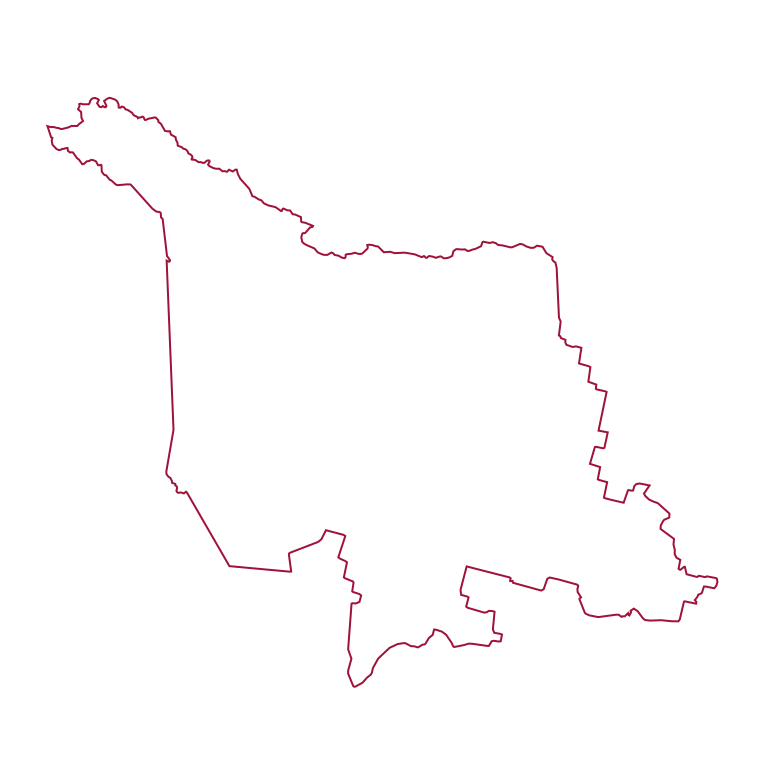 map outline of Komi (Albers equal-area conic projection), rotated 267°
{"feature_id": "RUS-2383", "entity_name": "Komi", "entity_type": "Republic", "adm_level": 1, "iso_a3": "RUS", "parent_name": "Russia", "parent_adm1": "", "projection": "albers", "projection_center": [57.661, 63.82], "detail": "fine", "context": "isolated", "style": "outline", "palette": "rose", "viewbox_px": 768, "rotation_deg": 267, "n_neighbors": 0, "source": "natural_earth", "source_scale": "10m", "svg_char_len": 6117}
<svg xmlns="http://www.w3.org/2000/svg" viewBox="0 0 768 768"><g transform="rotate(267 384 384)"><path d="M516.8,527.3L516.0,530.1L513.9,533.4L512.2,537.9L512.3,540.9L514.1,544.0L512.8,549.4L506.1,553.1L501.9,559.0L499.6,558.5L498.1,559.3L496.3,561.5L491.1,562.5L441.1,562.2L437.1,563.7L423.3,561.2L422.4,562.6L420.7,563.0L418.6,567.5L415.9,567.3L413.6,568.2L411.1,574.3L411.5,577.8L409.8,583.0L394.3,579.8L391.1,589.2L390.1,591.0L375.6,588.2L372.3,596.0L368.3,595.3L367.6,595.8L365.1,604.6L364.4,605.9L326.2,595.8L324.0,604.9L308.8,600.8L308.3,599.6L310.2,592.3L310.0,591.3L293.5,585.5L289.7,595.5L277.6,592.5L276.9,593.8L274.3,601.7L259.0,597.7L258.6,598.1L256.4,604.9L252.9,617.1L264.9,622.0L265.3,622.4L264.5,625.9L264.6,627.2L268.7,628.5L270.8,630.6L271.3,634.0L268.8,643.9L261.0,637.9L258.6,639.0L254.9,642.5L252.6,646.6L250.7,651.2L239.7,662.2L236.1,662.0L235.5,661.5L233.8,656.8L232.7,655.7L228.3,653.0L224.8,652.6L214.1,665.5L208.6,664.7L203.1,665.7L198.9,665.4L195.1,667.1L192.9,670.7L184.1,668.5L183.1,669.6L183.0,670.4L185.7,674.1L185.7,674.9L178.2,676.2L175.1,685.8L175.0,687.0L176.0,688.4L174.3,694.7L175.0,696.4L172.8,705.4L172.0,706.3L169.0,706.6L165.3,705.4L162.7,703.1L164.9,694.7L165.0,692.9L159.0,690.6L158.3,690.0L157.1,686.8L155.0,685.8L151.9,683.1L150.0,684.6L148.3,684.1L151.2,673.0L151.0,672.2L133.3,667.0L131.6,665.6L132.0,659.1L133.6,648.4L133.8,637.4L134.6,632.4L136.3,630.4L143.9,625.4L146.6,621.7L144.6,618.4L143.1,618.8L140.0,616.9L140.5,616.1L142.4,615.8L139.4,612.2L139.5,609.9L139.0,609.0L141.2,606.5L141.5,604.1L140.0,585.7L142.3,576.7L144.1,573.4L145.0,572.6L158.8,567.9L159.5,568.0L160.6,569.6L166.1,566.5L169.0,566.4L172.3,567.4L173.5,566.5L179.6,548.3L182.1,539.3L180.9,536.9L170.7,532.7L169.5,530.2L178.7,502.5L180.6,502.1L180.5,499.9L180.7,499.6L183.4,500.3L184.2,499.5L197.5,457.0L174.6,449.7L169.4,450.0L167.5,455.7L166.5,457.3L157.4,454.4L156.1,456.0L150.4,472.3L150.8,474.9L152.0,476.9L151.5,480.6L150.8,482.5L133.3,479.9L129.8,481.1L128.4,487.0L127.6,488.7L121.0,487.1L120.8,485.1L121.8,480.3L121.5,478.1L117.0,475.1L117.1,473.1L119.9,458.8L120.3,455.3L119.0,449.6L117.7,440.3L118.2,439.5L122.0,438.0L130.4,432.9L133.7,428.8L135.9,423.1L136.2,421.2L130.9,419.5L128.1,415.6L122.7,412.0L121.8,410.9L121.7,408.9L119.4,404.6L119.2,403.9L120.5,400.4L120.8,397.2L124.0,391.9L124.2,389.9L123.6,384.0L120.2,375.7L110.2,363.9L101.0,358.1L96.3,356.8L94.3,355.5L91.8,351.8L86.8,346.9L83.4,339.8L83.2,338.5L83.9,337.5L96.7,333.0L99.7,333.2L111.4,337.1L120.9,334.3L166.4,340.1L166.7,341.1L166.3,344.4L167.7,348.1L174.0,350.1L175.5,348.5L177.9,342.2L178.6,341.4L187.2,343.2L188.4,342.7L192.0,335.0L193.0,333.8L207.8,337.7L209.1,336.3L212.0,330.8L213.3,329.3L234.2,337.4L235.4,335.8L241.0,318.4L232.3,313.4L229.8,310.1L220.5,281.6L219.8,280.4L218.7,280.1L201.6,281.5L201.6,279.5L210.2,220.1L285.6,181.7L286.8,180.7L285.2,178.4L286.3,175.7L286.1,172.9L287.0,171.6L288.1,171.1L291.1,172.0L292.7,171.6L293.6,170.3L295.1,170.4L296.4,167.2L298.3,167.1L301.3,165.8L302.7,163.9L305.3,162.1L307.8,162.0L349.3,171.4L518.6,173.4L517.4,175.6L517.7,176.4L518.8,176.8L523.2,174.0L560.3,171.6L562.0,170.1L566.5,170.0L567.4,169.0L568.2,165.5L571.2,161.9L596.3,141.6L596.6,140.8L596.8,138.1L596.5,128.4L597.1,126.8L601.5,122.4L602.3,120.8L607.0,117.4L607.3,116.0L607.8,115.3L610.7,113.3L617.3,113.3L617.7,112.8L617.3,110.8L617.5,109.9L621.4,108.0L622.6,105.8L623.2,103.4L622.1,101.2L621.9,98.8L619.7,96.1L619.3,95.0L619.3,94.2L624.2,91.0L625.4,89.4L631.5,85.5L631.8,83.8L631.6,82.6L633.4,80.6L636.3,80.3L636.2,78.7L635.6,76.7L635.6,74.9L634.9,73.7L634.6,71.6L635.8,69.2L640.4,65.4L644.5,64.9L647.2,65.7L647.8,64.5L659.1,61.4L658.0,64.6L657.9,67.7L656.9,70.5L656.6,72.7L655.8,73.7L655.5,76.0L656.8,82.4L658.1,85.6L657.7,91.2L659.3,92.8L662.4,97.2L665.7,95.8L671.4,95.8L674.5,92.8L677.1,94.4L679.5,94.3L679.8,96.1L679.1,98.0L678.8,103.8L680.5,105.0L682.2,105.4L684.1,107.2L684.5,108.2L684.8,110.4L683.6,113.1L682.5,114.1L679.4,112.2L675.7,114.4L675.2,116.2L676.3,117.8L675.1,119.4L675.0,120.6L676.2,121.4L681.3,119.3L683.5,122.8L684.1,124.7L684.0,125.7L682.0,130.5L680.3,132.3L676.9,133.6L674.0,133.5L673.6,134.9L674.8,136.8L673.7,139.1L671.8,140.3L671.1,142.4L668.0,146.6L665.6,148.0L663.5,151.8L662.3,152.2L662.9,153.6L663.0,155.2L663.5,156.2L663.6,157.0L663.1,157.8L660.3,158.9L660.1,159.8L661.2,162.6L662.2,169.0L662.0,170.0L659.3,172.4L657.6,172.4L655.5,174.9L648.2,178.5L647.5,181.8L647.8,182.9L647.6,183.5L644.3,184.2L641.4,188.8L638.8,189.0L635.7,190.4L632.8,190.5L631.0,194.6L629.6,195.7L628.7,198.3L626.4,200.2L624.6,200.6L623.4,202.7L621.7,204.3L620.5,204.6L618.8,203.6L618.1,204.0L618.0,206.0L617.0,208.2L615.3,210.3L615.1,212.8L614.2,215.1L614.3,216.2L616.2,218.7L616.5,220.1L616.3,221.2L615.4,221.6L612.3,219.8L610.8,220.9L608.5,225.0L607.8,227.4L607.6,230.8L604.9,233.8L604.9,236.3L604.1,238.3L606.1,240.5L604.1,244.1L605.8,246.7L605.8,248.1L601.0,249.2L596.5,251.2L585.8,259.8L578.4,262.4L577.7,264.6L574.9,268.5L573.8,271.2L570.7,273.5L568.4,277.8L566.3,284.9L562.1,290.3L562.1,290.9L564.3,292.1L564.5,292.8L562.5,296.5L562.2,299.3L558.3,301.7L557.9,304.1L555.0,309.8L550.6,309.8L549.9,310.4L549.2,313.6L545.6,321.4L544.7,320.9L544.1,318.2L539.2,313.5L538.8,312.7L538.9,311.0L538.4,310.3L534.9,309.1L530.2,309.8L528.7,311.1L526.8,314.0L523.0,321.6L518.9,324.7L516.8,328.8L516.1,330.9L515.9,334.2L518.0,338.3L517.5,339.7L515.4,341.6L514.5,345.4L512.5,348.3L511.7,351.2L512.5,352.2L515.0,352.5L515.5,353.4L515.8,358.6L516.6,361.7L515.2,365.6L515.1,367.6L515.4,369.1L520.1,374.6L521.4,375.0L523.6,374.5L523.9,376.0L523.4,379.6L522.4,382.0L521.5,385.4L515.6,390.7L515.7,397.2L514.1,401.5L514.1,410.6L513.8,413.1L511.8,421.7L508.7,428.3L509.7,430.6L507.8,432.6L507.9,433.6L509.2,435.2L509.4,436.2L508.4,440.0L507.3,442.3L508.5,446.7L508.3,447.7L506.5,450.2L506.3,451.4L506.8,455.3L508.4,458.9L512.9,460.2L514.7,462.8L514.9,463.8L514.2,469.0L514.2,472.0L512.5,474.3L512.5,476.2L513.5,479.0L514.1,482.3L516.5,488.1L520.6,489.8L520.9,490.7L519.3,496.7L519.9,500.2L518.7,503.1L516.9,505.2L516.1,509.9L513.8,517.6L513.9,519.3L516.8,527.3Z" fill="none" stroke="#9f1239" stroke-width="2"/></g></svg>